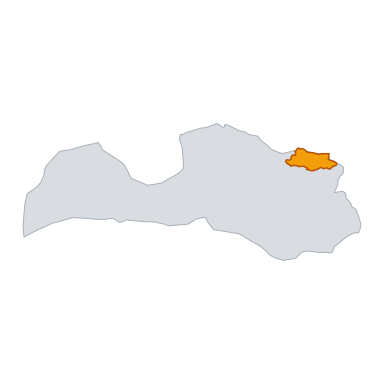 Aluksne on a map of Latvia (Equal Earth projection)
{"feature_id": "LVA-1076", "entity_name": "Aluksne", "entity_type": "Municipality", "adm_level": 1, "iso_a3": "LVA", "parent_name": "Latvia", "parent_adm1": "", "projection": "equal_earth", "projection_center": [27.1, 57.427], "detail": "fine", "context": "in_parent", "style": "filled", "palette": "amber", "viewbox_px": 384, "rotation_deg": 0, "n_neighbors": 0, "source": "natural_earth", "source_scale": "10m", "svg_char_len": 2910}
<svg xmlns="http://www.w3.org/2000/svg" viewBox="0 0 384 384"><path d="M285.2,260.4L282.8,260.1L276.1,258.3L270.5,255.6L267.1,252.0L261.3,247.0L257.5,244.5L251.5,241.4L241.5,235.0L237.9,233.5L220.1,230.7L213.6,229.5L207.8,222.3L206.0,218.1L203.1,217.3L199.9,218.2L196.4,219.0L188.3,223.9L185.7,224.6L180.7,224.7L169.1,225.8L163.8,224.0L154.7,222.0L149.7,221.7L145.3,221.8L125.8,219.9L122.1,222.0L118.5,222.3L115.1,219.1L110.8,218.2L105.9,219.3L97.2,219.4L86.8,218.4L73.7,217.6L71.7,217.9L56.8,222.2L53.2,222.9L37.0,230.2L24.0,237.0L23.0,226.1L24.8,204.4L27.2,193.7L36.2,187.5L40.7,182.6L43.6,176.2L44.6,170.2L46.6,165.3L59.7,151.3L69.7,149.8L83.3,145.9L98.4,142.6L101.1,146.7L102.5,149.9L120.2,161.4L124.7,165.2L131.3,178.5L147.9,185.3L161.2,183.1L167.0,179.9L177.7,173.8L182.6,169.4L183.6,165.2L182.1,147.1L179.5,139.3L180.5,134.4L182.4,134.7L186.9,132.3L201.6,128.0L204.6,127.8L207.9,126.9L217.2,123.6L220.2,125.4L222.6,127.4L224.0,127.4L224.6,126.6L224.5,125.4L225.1,124.5L227.8,125.0L238.4,130.4L242.5,131.6L245.3,132.0L248.7,134.5L257.8,136.2L258.9,137.6L259.6,139.2L268.1,146.1L271.9,149.6L279.5,152.8L282.8,153.5L296.1,150.3L299.9,149.1L302.9,149.1L306.1,150.8L313.2,153.1L319.7,153.8L320.9,153.7L326.3,153.9L328.2,154.8L329.5,159.2L335.8,162.7L341.6,165.6L343.1,167.0L343.5,169.5L343.2,172.6L342.5,174.1L340.1,175.9L338.0,180.5L337.7,184.9L334.4,192.4L335.1,192.6L342.2,191.2L344.1,192.0L345.7,193.6L346.2,198.4L348.5,200.5L350.9,203.9L351.7,206.5L356.2,209.6L356.6,211.6L359.4,218.7L360.4,222.8L361.0,226.0L359.6,230.1L358.5,232.8L357.1,232.6L353.0,233.4L346.6,236.7L337.2,244.5L334.7,246.2L332.3,252.1L331.7,252.7L326.1,252.5L324.6,252.3L319.0,252.4L306.9,250.9L302.2,251.9L296.0,257.9L293.6,258.8L286.5,259.7L285.2,260.4Z" fill="#d9dde1" stroke="#a8b0b8" stroke-width="1"/><path d="M298.6,148.1L299.2,148.4L299.7,148.8L300.4,148.9L301.2,148.8L302.0,148.8L303.6,149.1L304.7,149.7L306.4,151.4L307.4,152.1L308.5,152.5L312.2,152.6L319.4,154.4L320.9,153.7L329.0,153.7L328.8,155.7L328.9,157.1L328.4,158.2L328.3,159.2L329.4,160.0L334.3,161.5L336.8,163.4L336.5,164.7L336.2,165.1L335.8,165.4L335.3,165.5L334.9,165.8L332.4,166.7L331.8,167.6L331.1,167.9L330.4,168.9L329.0,168.9L328.7,168.9L327.9,168.6L327.2,168.1L325.9,168.0L323.4,168.7L321.0,167.4L319.7,167.9L317.3,169.6L316.0,169.5L315.7,169.6L315.4,169.8L315.2,170.0L314.8,170.3L313.9,170.3L313.1,170.7L311.8,170.8L307.1,169.5L306.6,169.4L306.7,169.2L307.3,168.7L307.6,168.4L307.3,168.1L305.5,167.3L304.0,166.3L300.1,166.4L298.2,166.6L297.5,165.7L297.3,165.7L297.0,165.7L296.9,165.7L294.7,165.5L293.4,165.4L292.7,165.5L291.2,166.2L289.7,165.4L289.7,165.2L289.5,164.6L287.4,163.7L286.7,163.0L285.6,161.4L286.6,159.8L287.9,160.0L290.0,160.0L290.7,159.6L291.2,157.2L291.6,155.8L293.3,155.1L295.6,155.1L295.6,154.2L295.5,152.2L295.0,151.2L296.0,150.7L296.5,149.9L297.0,149.1L297.7,148.4L298.6,148.1Z" fill="#f59e0b" stroke="#b45309" stroke-width="1.5"/></svg>